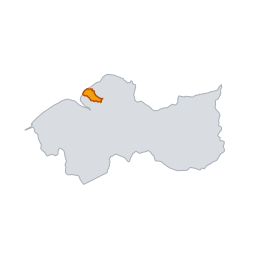 Guyana, with Demerara-Mahaica highlighted, rotated 285°
{"feature_id": "GUY-677", "entity_name": "Demerara-Mahaica", "entity_type": "Region", "adm_level": 1, "iso_a3": "GUY", "parent_name": "Guyana", "parent_adm1": "", "projection": "mercator", "projection_center": [-58.12, 6.456], "detail": "fine", "context": "in_parent", "style": "filled", "palette": "amber", "viewbox_px": 256, "rotation_deg": 285, "n_neighbors": 0, "source": "natural_earth", "source_scale": "10m", "svg_char_len": 4676}
<svg xmlns="http://www.w3.org/2000/svg" viewBox="0 0 256 256"><g transform="rotate(285 128 128)"><path d="M79.6,119.5L73.9,113.1L68.2,106.7L62.6,100.5L62.2,99.6L64.5,96.6L66.6,94.5L68.4,93.3L69.2,92.2L68.6,87.6L68.6,85.9L67.8,84.1L67.2,82.1L67.9,80.4L68.8,79.2L69.8,78.8L72.5,78.4L74.3,78.2L75.0,77.5L76.1,76.7L77.5,76.7L80.2,77.2L81.5,76.2L83.8,74.8L88.9,72.4L90.0,70.9L90.8,68.5L90.8,67.3L90.2,66.9L89.0,66.5L87.0,66.5L85.4,67.1L83.8,66.7L82.5,65.3L82.4,64.0L83.2,62.3L82.8,61.1L80.2,57.5L80.2,56.5L82.1,54.8L83.1,53.4L84.6,50.1L85.7,49.0L89.3,48.6L90.2,47.9L92.0,46.1L94.7,44.1L98.6,42.5L99.7,39.5L100.4,38.7L103.5,37.2L104.1,36.3L104.0,35.6L99.0,29.0L100.0,29.5L103.9,33.8L106.0,34.7L106.5,34.7L106.5,33.6L108.4,34.1L113.5,37.0L120.9,41.9L131.4,51.1L134.3,54.6L136.3,56.2L139.4,60.2L140.3,62.2L140.2,69.9L137.5,75.2L136.8,79.1L136.7,84.4L135.1,87.4L137.2,85.8L137.9,81.0L139.7,78.2L142.0,75.0L145.1,74.2L148.5,75.6L151.2,75.8L153.6,76.8L158.7,81.8L163.7,85.8L165.5,89.0L170.7,90.6L173.8,93.2L174.8,95.3L175.5,101.1L174.4,109.7L174.7,110.1L173.3,111.8L173.0,112.9L172.1,114.8L171.4,115.9L172.5,118.3L173.6,118.4L174.1,118.7L174.4,119.1L174.3,119.7L173.9,120.1L172.7,120.7L171.6,122.1L171.7,123.6L171.1,124.4L168.9,124.8L164.6,124.8L162.5,124.9L160.9,125.2L159.8,126.1L158.4,126.8L157.3,127.0L156.3,128.1L155.4,129.7L155.7,130.9L156.7,132.3L157.3,133.8L156.5,136.3L155.6,138.2L155.1,139.6L154.5,142.4L152.8,145.5L151.7,147.2L151.7,149.1L152.3,151.8L155.6,155.7L156.7,157.5L157.6,160.5L160.6,162.9L162.5,164.8L162.4,167.3L162.6,168.1L163.8,168.7L165.2,169.2L166.8,169.2L168.2,169.0L168.5,168.6L171.8,168.6L172.2,169.2L172.4,172.8L172.5,174.3L173.3,174.9L173.7,175.8L173.8,176.6L173.9,178.6L174.4,179.7L174.3,181.8L174.7,182.6L175.6,183.2L176.7,184.7L177.1,184.9L177.4,185.5L178.3,187.7L178.8,188.3L179.2,188.4L179.3,189.2L180.0,191.3L180.5,191.8L181.4,193.3L181.8,194.9L183.0,196.8L184.2,198.1L184.8,199.5L186.4,202.5L187.9,204.6L190.0,205.1L191.7,205.4L192.8,206.2L193.8,207.1L192.7,207.5L191.7,208.0L190.2,207.6L188.3,207.8L186.2,208.4L184.3,208.7L180.8,207.8L179.7,207.7L178.9,207.2L177.5,205.4L176.8,205.2L174.9,206.0L172.6,206.6L171.4,206.5L170.1,207.1L168.9,208.0L166.5,211.6L165.3,212.9L164.0,213.5L161.4,213.5L158.6,213.6L156.5,214.5L154.6,214.9L153.6,215.0L153.3,217.0L152.8,217.9L152.2,218.4L150.7,218.6L149.3,218.5L148.5,217.7L146.9,217.3L145.6,217.0L144.7,216.5L144.0,216.6L143.4,217.4L142.9,218.1L142.5,219.4L140.4,219.9L139.6,220.6L140.1,223.0L139.8,224.0L139.4,224.7L136.9,224.9L134.8,224.8L133.5,225.7L132.0,226.8L131.1,227.0L130.0,226.9L128.5,225.7L127.1,224.2L123.6,223.2L120.1,222.3L117.8,219.9L117.3,218.7L116.2,218.2L113.4,215.4L111.9,213.6L110.3,213.1L108.4,212.4L108.5,211.0L108.4,209.8L107.6,209.3L106.4,208.9L106.0,208.2L106.1,206.6L106.4,202.3L106.0,198.2L103.5,196.8L102.4,195.8L100.5,189.7L99.6,187.0L99.6,185.0L100.2,178.9L100.9,176.3L102.9,171.1L104.0,169.3L104.1,168.0L104.0,166.3L103.4,162.9L106.7,160.8L108.1,159.9L108.3,158.5L110.1,156.7L110.9,155.0L111.5,153.6L111.3,152.9L110.6,152.5L109.7,151.2L107.8,147.5L107.1,146.8L106.5,145.7L106.8,144.1L107.5,142.3L107.4,141.6L106.3,140.6L104.0,139.0L102.0,138.9L100.5,138.3L98.3,138.2L96.5,138.1L95.5,137.5L95.7,136.5L96.1,135.7L97.6,133.9L98.6,131.9L98.8,130.0L99.1,127.4L99.5,125.2L99.7,122.7L97.4,121.0L96.6,119.7L95.7,118.5L94.6,118.5L93.0,118.0L90.5,119.5L88.5,119.3L87.2,119.8L84.0,119.7L82.0,119.0L79.6,119.5Z" fill="#d9dde1" stroke="#a8b0b8" stroke-width="1"/><path d="M148.5,76.0L148.7,75.9L148.8,75.6L149.0,75.5L151.3,75.8L153.0,76.6L153.5,77.0L154.3,77.6L155.3,78.6L155.4,78.8L155.5,80.3L155.5,80.6L155.7,81.0L155.9,81.4L156.0,81.7L156.1,81.9L156.0,82.6L156.0,82.8L156.1,83.0L156.3,83.3L156.3,83.5L156.0,83.6L155.8,83.6L155.6,83.6L155.4,83.5L155.1,83.5L154.9,83.6L154.8,84.0L155.0,84.8L155.1,85.0L155.0,85.4L154.9,85.6L154.8,85.8L154.6,86.0L154.4,86.0L153.6,86.1L153.3,86.2L153.1,86.3L152.8,86.6L152.3,87.4L152.0,87.6L151.8,87.8L151.6,87.9L151.4,88.0L151.2,88.3L151.0,88.7L149.6,92.4L149.5,92.7L149.5,93.1L149.5,94.5L149.8,95.8L149.4,95.8L149.2,95.7L148.3,94.9L147.3,95.1L146.8,95.4L146.6,95.4L145.8,95.1L146.2,94.4L146.2,94.1L146.2,93.8L145.9,93.1L145.8,92.8L145.8,92.7L145.5,92.4L145.4,92.0L145.4,91.8L145.4,91.6L145.5,91.5L145.7,91.2L145.9,90.8L146.0,90.4L146.0,90.1L145.9,89.8L145.6,89.5L145.3,89.3L145.2,89.1L145.1,88.9L145.0,88.5L144.9,88.2L145.0,87.8L145.0,87.7L145.3,87.1L145.3,86.8L145.3,86.6L145.3,86.4L145.1,86.0L145.0,85.5L145.0,85.3L145.0,85.1L145.4,84.6L146.3,83.7L146.6,83.3L148.1,80.6L148.4,79.8L148.4,79.6L148.3,79.4L148.2,78.9L148.1,78.4L148.0,78.0L148.0,77.8L148.1,77.4L148.2,77.2L148.5,76.0L148.5,76.0Z" fill="#f59e0b" stroke="#b45309" stroke-width="1.5"/></g></svg>